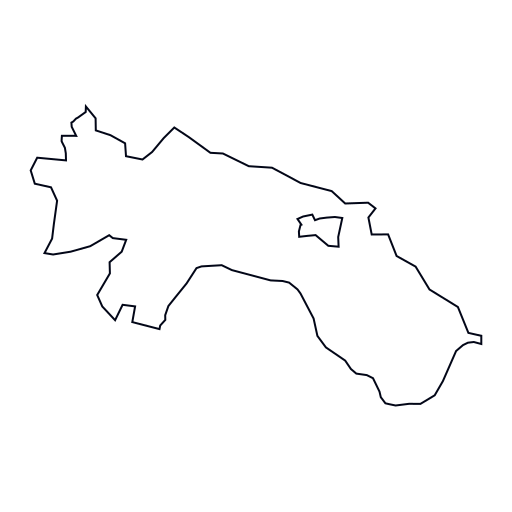 the district of Pskent, Tashkent, Uzbekistan
{"feature_id": "79887680B75193688061986", "entity_name": "Pskent", "entity_type": "district", "adm_level": 2, "iso_a3": "UZB", "parent_name": "Uzbekistan", "parent_adm1": "Tashkent", "projection": "natural_earth1", "projection_center": [69.451, 40.796], "detail": "fine", "context": "isolated", "style": "outline", "palette": "ink", "viewbox_px": 512, "rotation_deg": 0, "n_neighbors": 0, "source": "geoboundaries", "source_scale": "gbopen_adm2", "svg_char_len": 1596}
<svg xmlns="http://www.w3.org/2000/svg" viewBox="0 0 512 512"><path d="M85.9,106.5L85.7,112.0L81.1,115.3L77.9,117.6L76.0,118.6L73.3,121.5L71.4,122.6L71.7,126.8L76.2,135.9L74.3,135.8L61.9,135.8L61.7,138.7L61.6,141.1L62.1,142.3L64.9,147.8L65.8,153.3L66.0,160.4L37.2,157.7L30.7,170.4L34.8,183.7L51.0,187.3L57.1,200.7L53.9,223.8L52.1,238.6L44.5,253.1L53.1,254.5L70.6,251.7L90.2,246.2L109.2,235.2L112.8,238.1L126.2,239.8L121.7,251.7L109.6,262.2L109.9,273.4L97.2,295.0L102.3,306.5L115.1,320.2L122.6,304.8L135.1,306.4L132.3,322.1L159.5,329.1L160.2,325.5L165.3,319.9L165.2,315.2L168.4,306.0L175.6,297.0L186.6,283.4L196.5,268.1L201.5,266.4L221.7,265.2L231.9,270.1L270.6,280.4L282.6,281.0L289.1,282.6L297.5,289.4L300.5,293.5L313.6,318.5L317.4,335.9L325.9,347.4L345.2,360.6L350.9,369.0L356.3,373.6L366.8,375.1L373.0,378.2L379.5,391.6L380.8,397.2L385.4,403.3L389.3,404.2L395.6,405.5L409.1,403.8L420.4,403.9L434.7,395.3L442.9,381.1L456.1,351.0L463.0,345.1L467.9,342.7L473.8,342.0L481.3,344.0L481.3,335.8L468.4,332.9L457.9,307.0L429.5,289.5L415.6,266.6L396.6,256.0L388.1,234.4L371.7,234.5L368.4,217.5L375.5,208.4L368.1,202.7L345.2,203.5L331.7,191.1L300.6,183.0L272.0,167.7L248.8,166.2L222.9,153.5L210.4,152.8L188.8,137.1L174.3,127.5L163.7,138.1L152.1,152.0L142.5,159.5L126.0,156.2L125.1,143.3L110.5,135.2L95.8,130.4L95.6,118.3L85.9,106.5ZM312.3,214.6L315.0,220.2L319.7,218.5L326.8,217.6L334.9,217.0L342.3,218.0L338.2,237.0L338.6,246.7L328.3,245.8L315.6,235.1L307.1,235.9L299.2,236.8L298.9,231.4L300.5,225.1L301.4,224.7L297.5,219.0L303.1,216.5L312.3,214.6Z" fill="none" stroke="#020617" stroke-width="2"/></svg>